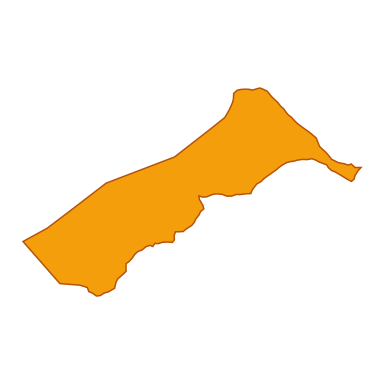 Algodão de Jandaíra, Paraíba, Brazil
{"feature_id": "56859067B49071787893011", "entity_name": "Algodão de Jandaíra", "entity_type": "district", "adm_level": 2, "iso_a3": "BRA", "parent_name": "Brazil", "parent_adm1": "Paraíba", "projection": "albers", "projection_center": [-35.92, -6.887], "detail": "fine", "context": "isolated", "style": "filled", "palette": "amber", "viewbox_px": 384, "rotation_deg": 0, "n_neighbors": 0, "source": "geoboundaries", "source_scale": "gbopen_adm2", "svg_char_len": 1849}
<svg xmlns="http://www.w3.org/2000/svg" viewBox="0 0 384 384"><path d="M351.2,164.0L348.2,165.1L344.2,163.7L338.5,162.7L334.6,160.8L331.7,159.4L329.5,156.6L327.3,153.9L324.9,151.4L321.8,148.7L319.5,146.3L317.9,142.3L316.3,138.1L311.5,134.0L308.4,131.5L304.9,129.1L300.7,126.0L298.0,124.0L294.2,120.4L291.5,117.3L288.5,115.1L286.0,112.2L283.8,109.0L280.3,105.8L278.0,102.7L274.7,99.6L271.6,96.6L267.2,91.2L262.9,89.1L259.8,88.0L256.4,88.9L252.6,90.1L248.3,89.2L244.2,89.2L241.1,89.4L237.2,90.2L233.7,93.5L233.4,98.9L232.6,102.3L229.8,108.8L227.3,113.3L224.7,117.6L212.1,127.7L174.5,157.0L118.5,178.4L106.1,183.2L67.4,212.9L47.2,228.2L23.0,241.5L50.4,272.8L59.9,283.6L80.0,285.2L87.3,287.5L88.8,291.6L92.4,293.1L96.4,296.0L100.2,295.6L104.2,293.0L108.0,292.0L110.8,290.5L114.6,288.3L116.0,282.2L117.9,278.7L122.6,274.7L126.1,271.3L126.0,267.7L126.1,263.6L129.0,261.6L132.2,258.1L135.0,254.1L137.9,251.5L142.0,250.0L146.0,246.7L149.9,245.4L152.8,246.5L154.8,243.4L158.1,243.7L162.7,242.2L168.2,242.0L172.4,242.4L174.4,239.8L174.2,235.4L175.5,231.8L178.8,231.8L183.3,231.5L185.8,229.3L188.6,227.4L191.7,225.5L194.4,222.2L195.6,219.2L199.1,214.8L200.4,211.8L203.8,208.9L202.9,205.3L201.2,202.5L199.4,199.4L198.9,195.8L202.5,197.1L206.5,196.9L209.5,195.7L213.6,194.1L217.3,193.9L222.3,194.4L226.7,196.1L231.7,196.1L236.3,194.4L239.5,194.6L242.9,194.2L247.3,193.7L250.8,193.6L252.0,190.4L254.5,186.8L256.9,183.9L260.8,181.7L263.7,178.9L266.6,176.6L269.9,174.4L273.0,172.1L276.2,169.9L279.5,167.0L283.2,164.5L286.5,162.7L290.0,161.7L293.7,161.2L297.1,160.2L302.3,159.4L307.1,159.6L312.0,158.7L315.9,160.2L319.1,162.0L322.8,163.4L326.6,164.8L328.5,167.8L331.5,170.5L335.5,172.1L339.7,174.6L342.7,176.4L346.3,178.7L351.4,181.4L354.0,179.3L355.2,175.3L358.0,170.8L361.0,167.5L355.0,167.5L351.2,164.0Z" fill="#f59e0b" stroke="#b45309" stroke-width="1.5"/></svg>